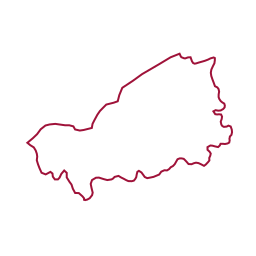 the district of Byerastavitsa, Grodno, Belarus, rotated 76°
{"feature_id": "67162791B90230438084188", "entity_name": "Byerastavitsa", "entity_type": "district", "adm_level": 2, "iso_a3": "BLR", "parent_name": "Belarus", "parent_adm1": "Grodno", "projection": "mercator", "projection_center": [23.993, 53.236], "detail": "fine", "context": "isolated", "style": "outline", "palette": "rose", "viewbox_px": 256, "rotation_deg": 76, "n_neighbors": 0, "source": "geoboundaries", "source_scale": "gbopen_adm2", "svg_char_len": 2392}
<svg xmlns="http://www.w3.org/2000/svg" viewBox="0 0 256 256"><g transform="rotate(76 128 128)"><path d="M68.4,60.0L69.7,69.6L73.5,82.0L79.1,101.2L83.4,111.9L87.6,123.8L94.0,128.5L99.6,131.5L100.0,135.8L100.0,143.4L102.1,146.9L104.7,151.1L107.7,154.5L112.4,158.8L115.4,161.4L119.2,163.1L119.2,171.6L118.8,175.4L116.6,179.7L113.2,180.6L111.1,184.4L110.2,188.2L108.1,193.4L106.4,197.6L105.6,203.2L105.6,207.5L108.1,213.0L112.0,217.7L114.9,222.8L118.0,229.2L121.0,227.0L124.0,224.1L127.5,223.0L130.9,222.7L133.8,223.0L137.2,224.3L141.4,224.1L145.5,223.6L150.5,222.7L153.1,219.1L152.6,217.0L151.8,213.9L153.9,212.3L157.0,212.7L160.2,211.4L160.9,208.4L159.6,206.4L156.4,203.8L153.8,200.2L156.7,198.3L161.1,199.4L166.1,197.8L169.2,196.5L173.6,196.2L178.3,195.0L179.2,191.5L183.3,188.7L185.7,187.6L187.0,188.0L187.6,187.0L187.6,184.9L186.9,182.2L184.5,179.1L182.2,177.9L177.3,177.9L173.2,177.7L169.8,175.5L168.5,171.1L169.1,168.2L171.8,163.8L173.5,160.7L173.9,156.4L173.5,154.9L172.2,152.8L172.2,148.8L174.5,146.5L176.0,144.7L178.2,142.3L179.6,140.5L180.5,137.3L180.5,135.1L179.2,133.3L177.7,131.9L175.0,130.7L172.8,129.5L172.2,127.8L174.4,125.7L177.3,124.5L179.6,123.6L181.3,121.5L181.5,118.0L181.6,115.0L180.7,109.0L178.4,106.3L177.8,102.9L178.6,100.4L177.8,98.0L176.4,96.0L175.8,93.6L174.4,91.4L172.6,89.7L170.3,87.5L170.0,85.2L170.4,83.5L171.4,81.4L173.2,80.3L175.0,79.3L177.6,78.0L178.5,75.1L178.1,72.5L178.1,70.4L179.1,68.1L180.7,66.1L183.1,63.4L182.3,61.4L180.5,58.6L179.2,56.9L176.7,56.4L174.8,54.9L172.8,53.9L170.7,54.6L168.4,56.1L165.8,55.5L164.9,52.3L165.6,50.3L166.8,48.2L168.3,45.2L167.2,43.2L165.7,42.0L166.3,39.7L167.0,37.8L167.1,35.1L166.6,33.3L164.5,32.3L163.0,32.2L162.3,31.8L160.9,31.2L159.7,29.3L157.3,28.1L154.7,27.7L151.4,28.0L150.0,30.0L150.5,31.9L150.1,34.7L148.9,36.0L147.3,36.6L144.3,36.5L141.9,34.9L139.7,34.0L137.4,34.4L136.7,36.4L136.4,38.3L135.7,40.0L132.5,41.1L131.9,38.7L133.0,36.3L133.4,33.8L132.6,31.0L131.4,29.3L129.6,28.6L127.6,28.7L126.0,30.3L124.4,31.5L121.9,32.4L119.9,32.6L117.3,31.9L114.8,30.8L112.1,30.7L110.2,31.5L108.5,33.5L104.6,33.9L101.3,34.3L97.7,34.6L94.5,34.3L91.5,33.0L88.5,30.6L86.1,28.5L83.4,27.4L81.2,26.8L80.3,27.8L80.4,31.1L81.0,33.8L81.4,37.2L81.5,39.6L81.6,43.2L81.8,46.4L81.7,47.8L80.7,49.1L78.7,49.8L74.5,50.2L74.0,52.7L74.3,55.6L74.0,56.6L72.2,59.1L71.1,59.5L70.0,59.7L68.4,60.0Z" fill="none" stroke="#9f1239" stroke-width="2"/></g></svg>